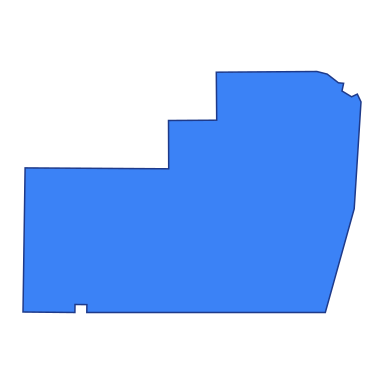 the district of Glades, Florida, United States of America
{"feature_id": "52423323B13826815912541", "entity_name": "Glades", "entity_type": "district", "adm_level": 2, "iso_a3": "USA", "parent_name": "United States of America", "parent_adm1": "Florida", "projection": "albers", "projection_center": [-81.165, 26.99], "detail": "fine", "context": "isolated", "style": "filled", "palette": "blue", "viewbox_px": 384, "rotation_deg": 0, "n_neighbors": 0, "source": "geoboundaries", "source_scale": "gbopen_adm2", "svg_char_len": 369}
<svg xmlns="http://www.w3.org/2000/svg" viewBox="0 0 384 384"><path d="M23.0,312.0L74.9,312.5L75.0,304.5L86.9,304.6L86.8,312.5L325.3,312.5L354.2,208.8L361.0,101.9L357.3,94.1L351.6,96.8L342.0,91.0L343.6,83.3L338.4,82.8L327.2,74.1L316.9,71.5L216.3,72.2L216.7,120.2L168.5,120.5L168.7,168.8L25.1,167.9L23.0,312.0Z" fill="#3b82f6" stroke="#1e3a8a" stroke-width="1.5"/></svg>